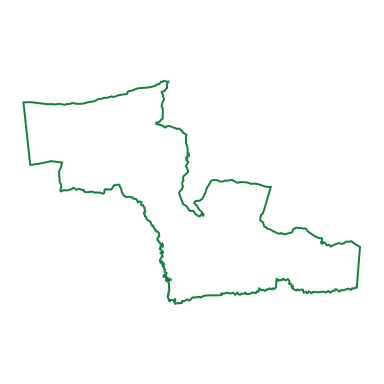 Kitui Central, Eastern, Kenya (Mercator projection), rotated 269°
{"feature_id": "3690345B15839480546324", "entity_name": "Kitui Central", "entity_type": "district", "adm_level": 2, "iso_a3": "KEN", "parent_name": "Kenya", "parent_adm1": "Eastern", "projection": "mercator", "projection_center": [38.003, -1.387], "detail": "fine", "context": "isolated", "style": "outline", "palette": "green", "viewbox_px": 384, "rotation_deg": 269, "n_neighbors": 0, "source": "geoboundaries", "source_scale": "gbopen_adm2", "svg_char_len": 5982}
<svg xmlns="http://www.w3.org/2000/svg" viewBox="0 0 384 384"><g transform="rotate(269 192 192)"><path d="M203.3,230.6L202.7,228.7L202.8,224.9L201.8,222.5L202.1,220.1L203.4,217.1L203.5,213.6L203.2,212.0L202.3,210.9L198.4,208.8L196.1,207.0L191.0,205.4L185.3,202.5L183.1,199.3L183.0,195.7L182.3,194.8L181.0,194.1L178.0,196.7L174.6,198.6L170.7,202.5L169.4,203.1L168.8,203.1L168.2,202.6L169.5,202.0L169.8,201.2L167.8,199.7L167.6,198.1L170.2,194.8L173.0,193.0L173.3,192.2L173.1,189.7L173.6,189.0L177.1,186.9L178.6,185.4L179.7,183.1L191.1,179.0L192.4,179.5L194.4,181.5L197.0,182.9L197.8,183.0L200.2,182.2L202.0,182.6L203.6,183.6L206.9,183.3L207.7,183.6L211.9,188.3L212.9,188.4L215.9,187.5L218.1,186.3L221.1,188.3L222.4,188.6L224.0,186.8L224.6,186.8L225.3,187.8L226.4,187.0L226.4,187.8L227.1,187.9L228.8,187.8L229.0,188.5L228.5,189.6L230.7,189.4L231.4,188.1L233.8,188.4L237.1,188.1L241.5,186.7L242.6,187.0L247.2,186.8L249.1,187.5L250.6,185.7L250.8,184.9L252.4,183.4L253.3,183.2L253.9,181.9L255.3,180.9L255.7,180.1L255.2,177.8L256.0,177.1L256.6,174.8L258.3,171.0L258.2,168.0L257.0,166.7L257.0,166.0L258.0,165.0L259.3,162.6L260.5,157.6L261.3,157.4L261.9,157.6L262.5,160.6L264.6,162.2L265.5,163.7L268.1,164.1L274.5,164.3L275.7,164.3L278.5,163.1L283.1,164.4L284.5,165.5L285.2,165.6L289.8,164.5L292.5,163.4L293.3,165.9L296.5,168.9L299.8,168.7L302.7,170.2L302.6,169.0L303.2,167.7L303.4,165.5L302.5,164.1L302.8,162.9L300.5,161.3L300.0,158.5L299.1,157.5L298.5,156.0L297.3,150.6L296.7,140.4L295.7,136.8L294.7,134.9L293.8,130.1L293.3,129.5L291.2,128.9L290.1,120.5L288.3,115.3L289.0,113.3L287.7,108.9L287.7,106.5L286.5,101.8L286.3,99.4L284.4,95.8L283.6,89.8L282.2,84.4L282.1,79.1L283.0,73.8L282.0,70.6L282.3,69.3L281.4,66.1L282.5,60.9L281.9,55.6L282.4,53.4L282.3,49.0L284.6,32.9L284.6,25.0L222.1,30.7L222.0,33.0L222.7,35.8L222.5,37.3L225.3,51.7L223.7,62.6L221.8,61.9L219.0,61.5L214.4,59.2L212.3,59.6L209.3,59.5L207.9,60.0L204.6,59.7L202.7,60.7L200.1,61.3L199.0,61.3L195.8,60.4L194.8,61.1L196.0,63.4L195.8,67.1L196.8,71.4L198.2,73.1L198.0,74.0L196.3,76.1L197.1,79.3L196.0,82.3L195.9,83.7L194.8,83.8L193.7,85.4L193.7,88.5L194.1,90.6L193.8,93.2L193.0,94.8L193.3,95.9L192.9,99.3L193.1,99.8L191.8,103.0L192.6,104.1L195.8,104.7L196.5,105.7L195.9,106.9L195.9,110.7L196.7,112.1L200.1,114.1L200.7,118.8L199.9,119.8L198.5,119.9L196.8,121.2L193.0,121.9L189.3,124.0L189.3,124.7L187.9,126.0L188.4,128.9L187.7,132.3L186.9,132.4L186.3,133.5L186.2,135.5L185.3,136.6L184.1,137.3L182.7,137.5L183.4,139.4L183.3,140.3L182.6,141.3L180.9,140.8L180.0,141.0L179.5,141.5L179.6,142.9L178.2,143.4L177.1,144.3L175.7,144.2L173.4,144.9L172.7,144.8L172.2,144.3L172.2,143.6L171.7,143.5L169.1,144.6L168.4,144.5L167.9,145.6L167.3,146.0L165.3,146.3L162.8,150.2L161.5,150.3L159.8,151.3L159.1,151.2L158.7,151.7L159.0,152.3L158.6,152.7L157.7,152.8L157.1,153.4L155.3,154.1L155.2,154.8L153.5,155.3L153.0,155.9L153.2,156.8L151.7,158.1L149.6,158.1L148.9,158.6L147.7,157.9L146.8,156.9L144.6,156.5L144.1,157.5L142.7,157.9L141.9,159.0L140.4,159.6L139.8,160.9L140.7,161.5L140.0,161.9L137.8,161.8L138.0,159.5L136.7,159.3L135.8,159.6L135.5,158.9L133.1,161.6L132.4,161.9L131.7,161.9L131.1,161.3L131.9,160.4L131.8,159.7L129.7,161.0L127.8,161.5L127.5,160.5L124.3,158.7L122.1,159.3L123.2,160.3L123.0,160.9L122.4,161.3L120.5,161.1L120.2,161.9L120.9,162.5L120.2,162.9L119.3,161.6L118.2,161.5L118.2,162.3L117.4,162.8L115.9,162.6L115.0,163.6L112.6,163.2L111.5,165.1L108.8,164.6L108.7,164.0L109.7,163.0L109.3,162.4L107.9,162.1L107.6,164.2L106.9,164.7L105.2,164.6L106.6,166.0L106.1,166.5L104.8,166.8L105.4,168.9L104.6,169.2L103.5,167.0L103.8,165.5L103.1,165.4L102.6,166.8L101.1,167.4L95.6,167.4L94.4,167.7L93.5,167.5L93.0,166.8L91.9,167.2L89.8,166.1L89.4,166.7L88.1,166.0L86.7,166.0L85.8,166.9L83.7,167.2L83.2,167.7L84.5,168.7L84.0,171.8L85.2,173.0L84.8,173.5L82.8,173.1L82.4,172.2L80.6,173.2L80.6,174.0L81.2,175.7L80.8,177.2L81.2,178.0L81.2,179.6L81.7,180.2L83.2,180.3L83.1,182.5L84.7,185.5L83.7,186.5L83.6,187.1L84.7,188.9L86.4,190.5L86.6,191.4L86.5,193.3L87.1,197.4L86.3,198.7L86.9,199.3L87.0,200.5L87.9,201.7L88.4,206.1L88.2,218.5L88.6,219.8L90.0,219.5L90.1,220.0L89.8,221.4L90.7,226.0L89.8,228.4L90.5,231.2L90.0,232.1L88.5,233.3L90.5,235.5L88.8,237.1L88.4,238.3L89.5,239.7L89.3,242.1L90.4,243.4L90.2,244.1L89.3,244.2L88.8,244.9L89.6,249.6L90.4,250.1L90.5,251.1L89.9,253.6L90.1,254.5L91.5,255.0L91.1,256.3L91.6,256.8L94.4,257.6L92.5,259.7L93.0,261.4L91.9,263.0L92.7,264.6L93.3,264.8L93.2,266.6L94.3,267.9L93.3,269.7L93.3,270.6L94.2,271.0L94.3,271.6L93.8,272.2L93.8,273.0L95.6,274.4L103.3,275.0L103.5,275.7L101.8,276.9L102.5,278.2L102.2,280.3L103.4,281.1L103.6,281.8L102.1,283.8L103.2,286.4L100.9,288.0L98.6,287.5L98.3,287.9L98.4,289.2L97.9,289.8L96.5,289.7L96.1,291.2L95.6,291.5L95.1,290.5L94.4,290.4L93.9,290.8L91.7,294.4L91.7,295.0L92.7,295.7L91.9,297.7L92.5,299.3L92.5,300.8L92.1,301.3L90.7,301.4L89.5,302.0L90.2,304.3L88.9,305.3L88.9,305.9L90.5,307.0L90.1,308.2L88.8,309.4L88.9,310.3L90.0,311.0L90.1,311.7L89.5,316.8L89.9,318.6L89.9,322.4L89.2,323.5L90.5,326.5L90.3,327.1L89.2,328.0L89.2,328.9L90.7,330.9L90.8,333.0L92.2,333.6L92.2,334.4L89.9,337.7L91.1,339.0L91.2,342.2L92.6,346.0L92.5,347.4L91.4,348.8L91.5,349.5L93.0,350.5L92.5,352.3L93.5,353.6L93.5,355.1L134.2,359.0L137.0,354.2L140.0,350.5L139.6,348.6L139.6,345.2L137.9,342.7L137.6,340.7L138.3,338.1L137.8,335.9L135.1,329.7L136.4,328.8L136.8,328.0L136.4,325.8L138.5,324.5L139.6,323.0L138.9,322.0L138.3,322.0L138.0,321.5L138.2,320.7L138.8,320.2L139.5,320.2L141.4,321.2L143.3,321.1L144.0,317.3L146.3,313.1L150.7,306.9L153.4,305.3L153.6,303.3L153.4,302.0L154.0,300.7L154.5,295.4L153.6,294.3L153.4,292.9L149.8,291.1L148.1,284.0L148.5,282.0L149.5,280.7L148.7,278.5L149.5,276.1L150.9,273.9L151.3,272.4L153.1,269.9L154.0,266.7L155.1,265.7L156.3,263.7L160.5,262.4L162.4,259.8L164.6,259.8L168.0,260.8L168.8,262.1L172.1,263.5L195.7,270.9L195.8,266.7L199.0,257.1L199.3,254.3L199.1,251.5L200.6,246.9L201.1,241.2L200.4,237.7L203.2,232.5L203.3,230.6Z" fill="none" stroke="#15803d" stroke-width="2"/></g></svg>